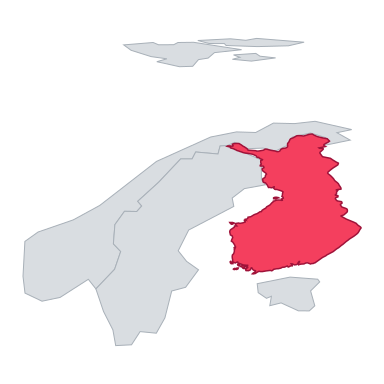 Finland highlighted, Equal Earth projection
{"feature_id": "FIN", "entity_name": "Finland", "entity_type": "country or territory", "adm_level": 0, "iso_a3": "FIN", "parent_name": "Europe", "parent_adm1": "", "projection": "equal_earth", "projection_center": [24.864, 64.94], "detail": "fine", "context": "with_neighbors", "style": "filled", "palette": "rose", "viewbox_px": 384, "rotation_deg": 0, "n_neighbors": 3, "source": "natural_earth", "source_scale": "50m", "svg_char_len": 7804}
<svg xmlns="http://www.w3.org/2000/svg" viewBox="0 0 384 384"><path d="M173.7,44.7L178.0,42.5L193.6,42.3L241.6,49.7L214.5,52.6L208.1,58.1L198.5,59.6L192.7,66.3L179.5,66.7L156.8,61.7L166.9,58.8L151.1,56.6L131.1,50.3L123.7,44.9L153.1,42.5L158.6,44.8L173.7,44.7ZM350.2,140.1L321.0,146.0L325.6,137.6L310.5,133.0L292.5,136.9L286.8,145.6L275.6,151.0L262.9,148.1L247.5,148.7L234.6,142.3L227.4,145.5L220.1,146.0L218.0,154.0L195.7,152.0L192.1,158.9L180.7,158.9L158.6,182.3L137.7,201.3L141.7,206.0L136.8,211.5L124.5,211.3L114.9,224.6L113.4,243.9L120.7,251.5L114.6,269.3L95.9,288.9L88.3,279.3L60.1,297.4L42.0,301.2L25.0,293.1L23.0,276.3L24.9,241.4L38.1,232.0L73.2,219.9L99.8,205.4L156.5,161.4L210.7,137.0L236.5,131.9L255.7,132.5L273.4,123.1L294.5,123.6L315.1,121.3L351.7,129.6L336.9,132.7L350.2,140.1ZM304.1,42.2L288.4,45.8L257.5,46.6L226.1,45.5L224.4,43.6L209.1,43.5L197.8,40.5L230.5,38.8L245.8,40.3L256.6,38.4L304.1,42.2ZM275.6,57.9L251.4,61.1L232.4,59.3L239.9,57.3L233.5,54.9L255.8,53.4L260.0,56.2L275.6,57.9Z" fill="#d9dde1" stroke="#a8b0b8" stroke-width="1"/><path d="M95.9,288.9L114.6,269.3L120.7,251.5L113.4,243.9L114.9,224.6L124.5,211.3L136.8,211.5L141.7,206.0L137.7,201.3L158.6,182.3L180.7,158.9L192.1,158.9L195.7,152.0L218.0,154.0L220.1,146.0L227.4,145.5L261.3,159.9L261.4,179.6L265.4,184.8L244.4,188.6L232.2,198.0L233.8,206.4L188.7,230.0L178.2,250.8L186.6,261.4L198.5,269.8L185.6,287.3L171.7,291.0L164.9,317.9L156.3,333.2L140.1,331.6L131.5,344.8L115.7,345.6L112.9,329.9L103.5,311.4L95.9,288.9Z" fill="#d9dde1" stroke="#a8b0b8" stroke-width="1"/><path d="M317.7,279.2L319.7,281.9L310.6,290.9L314.8,305.8L309.3,310.9L298.3,310.8L281.1,302.9L269.8,305.7L271.4,296.3L266.5,298.3L258.2,292.7L257.2,283.7L290.1,277.1L317.7,279.2Z" fill="#d9dde1" stroke="#a8b0b8" stroke-width="1"/><path d="M268.5,187.5L267.2,185.0L266.5,184.1L265.5,182.9L263.6,182.3L263.2,182.0L263.0,181.5L262.9,180.8L262.7,179.8L262.8,179.0L263.0,178.5L263.8,178.2L265.0,177.3L265.3,176.6L265.4,175.6L265.9,174.7L266.5,174.2L266.4,173.9L266.0,173.4L265.1,172.6L263.8,171.7L262.8,170.9L262.4,170.1L262.2,169.4L262.2,168.8L262.6,168.3L263.9,167.8L264.0,167.5L263.5,166.3L262.7,166.1L260.4,166.0L260.2,165.9L260.2,165.6L260.3,165.1L261.2,164.2L261.3,163.9L260.8,162.9L260.7,161.6L260.8,160.6L262.4,159.9L262.5,159.6L260.5,158.8L259.1,157.9L258.7,157.4L257.1,157.4L256.1,155.8L253.2,154.5L252.4,154.2L247.4,153.3L245.5,153.1L243.1,152.6L241.4,151.9L239.9,151.5L238.7,151.0L236.9,150.5L236.4,150.1L234.5,149.3L233.6,148.8L230.5,147.9L230.4,147.5L230.4,147.1L227.1,146.3L227.8,145.9L230.3,145.9L232.3,146.2L232.8,146.1L233.1,145.8L232.3,144.5L232.4,144.2L233.4,143.8L234.8,143.5L237.1,143.4L238.7,143.5L239.0,143.5L241.3,144.9L243.2,146.3L244.3,146.8L246.8,148.5L247.8,149.5L248.1,150.2L249.2,150.2L255.9,150.7L256.7,151.1L258.9,151.0L260.5,150.7L263.4,150.2L265.2,149.1L266.9,149.2L270.8,150.3L275.2,151.0L276.4,151.5L278.0,151.7L279.7,151.1L280.7,149.6L281.6,148.9L282.9,148.4L284.4,148.2L285.5,148.1L286.3,147.7L287.5,146.9L287.7,145.8L287.5,144.0L287.7,143.3L288.7,142.3L289.9,139.7L290.5,138.9L291.2,138.5L292.2,138.2L294.0,137.4L296.5,135.9L297.2,135.7L299.0,135.6L301.3,135.7L303.3,136.0L303.5,136.0L304.4,135.8L306.1,135.3L308.9,134.4L310.7,134.1L312.4,134.1L314.2,135.2L316.9,136.4L318.5,136.9L323.1,138.0L327.2,138.7L329.5,141.1L328.4,142.0L327.9,142.3L326.0,143.3L323.9,144.6L323.8,145.3L324.5,146.0L325.4,146.5L320.8,147.6L319.0,147.9L319.5,148.3L322.4,148.4L322.9,148.5L323.2,148.7L323.3,149.0L323.0,149.5L319.9,152.4L319.8,153.0L321.0,154.7L322.5,156.7L330.4,158.3L332.7,159.9L336.3,162.1L338.2,163.0L338.4,163.2L337.9,164.8L335.7,166.3L333.6,167.6L331.4,169.2L329.8,170.5L328.0,172.1L327.8,172.7L327.7,173.2L328.1,173.7L330.6,175.7L332.8,177.9L333.8,179.1L334.4,180.2L335.4,181.2L337.1,182.5L338.4,183.7L338.8,184.6L340.8,187.7L341.0,188.5L341.0,189.1L340.2,189.3L338.4,189.4L336.5,189.8L336.4,189.9L337.7,190.6L336.6,191.9L336.5,193.8L335.4,194.8L335.3,195.0L335.6,195.3L337.8,195.6L338.0,195.8L338.0,196.4L337.9,196.9L336.8,197.3L335.6,197.8L335.4,198.3L335.4,198.8L335.9,199.6L336.7,200.5L337.7,201.0L341.3,201.6L341.8,202.0L342.0,202.6L342.0,203.2L340.4,204.4L340.4,204.9L341.1,206.0L342.0,207.1L345.6,208.3L346.8,208.9L347.2,209.4L347.4,210.2L347.4,211.1L347.2,211.9L346.1,213.0L343.7,215.0L341.1,215.8L341.0,216.0L341.8,216.6L346.5,219.2L353.6,222.1L356.3,223.4L357.1,224.4L358.3,225.5L359.6,226.3L360.6,227.1L361.0,227.6L361.0,228.1L359.8,229.7L359.2,230.9L358.1,232.7L356.9,233.9L353.9,236.2L349.3,239.1L348.3,240.0L346.2,241.5L342.6,244.6L341.6,245.2L338.6,247.7L337.2,248.5L336.2,249.2L333.2,251.6L326.7,255.0L325.8,255.8L322.6,257.4L314.9,262.9L314.4,262.9L313.2,263.5L311.4,263.6L310.6,264.0L307.7,262.9L307.2,262.8L305.6,263.1L304.0,263.9L301.0,264.1L299.6,264.4L298.6,264.8L298.4,263.9L298.8,262.7L299.5,262.0L299.5,261.5L299.0,261.5L298.1,262.7L297.6,263.9L296.6,264.6L294.4,264.9L292.2,263.8L291.2,263.8L291.8,264.6L292.3,265.4L292.2,265.9L291.1,265.8L289.8,266.3L288.6,267.0L288.1,267.0L287.3,266.0L285.9,266.5L284.7,267.1L282.3,267.3L280.9,268.1L278.3,268.7L276.9,268.7L273.7,269.3L272.6,270.4L271.7,270.8L270.3,270.4L266.2,270.9L262.3,271.6L260.6,271.6L259.0,271.3L257.2,272.2L255.3,273.5L253.2,273.9L252.4,273.8L253.1,273.1L254.4,272.4L255.4,271.5L255.5,270.8L254.9,270.5L254.0,270.4L252.9,269.6L251.9,267.9L251.3,267.8L251.0,268.2L250.6,269.5L250.3,269.9L249.0,270.5L248.4,270.7L246.0,270.6L245.7,270.0L245.7,269.7L246.2,268.8L245.8,268.7L246.2,268.0L246.7,268.0L247.4,267.9L247.7,267.6L247.7,267.2L246.8,267.1L246.7,266.8L247.6,265.6L247.7,265.3L247.4,265.2L246.9,265.3L243.5,265.0L239.3,263.4L238.3,263.4L237.7,262.0L236.7,262.2L235.2,263.0L234.1,262.4L233.0,262.0L232.7,261.4L232.7,260.5L232.6,259.4L232.3,258.1L232.2,256.4L232.4,255.0L233.4,254.0L233.8,253.3L234.3,251.7L234.4,249.7L234.2,249.1L234.3,248.6L235.0,248.6L234.9,248.2L234.5,248.0L234.2,247.6L234.5,247.4L235.4,247.4L235.6,247.0L234.9,245.9L234.9,245.4L233.9,243.8L232.9,242.2L231.3,241.1L231.9,239.3L232.7,237.7L232.5,236.9L232.3,236.0L230.4,234.9L230.1,233.5L229.7,231.9L229.9,230.9L230.2,230.2L230.9,229.5L234.3,227.2L234.5,226.0L236.8,225.9L235.8,224.8L235.5,224.2L235.5,223.5L238.7,223.0L239.9,223.4L242.7,222.9L245.2,222.0L245.2,221.5L244.8,221.0L244.3,220.2L244.7,219.9L245.6,220.1L245.2,219.7L245.3,219.2L246.3,219.4L247.9,218.1L248.0,217.2L250.8,216.7L254.1,214.7L255.6,214.1L257.0,213.7L260.1,211.7L261.4,211.6L262.1,210.3L264.7,208.6L265.5,208.4L266.7,206.8L269.9,205.0L271.9,202.8L273.0,202.0L273.3,201.1L274.5,201.0L275.7,200.4L278.1,200.0L280.4,200.1L281.4,200.4L282.3,200.3L282.2,199.5L281.6,199.0L282.1,198.6L283.3,198.2L283.2,197.5L282.9,197.0L281.9,196.4L282.4,195.1L282.5,193.6L283.0,191.9L281.7,191.0L276.8,189.4L275.9,189.5L274.8,189.3L273.6,188.1L274.2,187.1L274.2,186.8L273.8,186.8L273.1,187.3L271.5,187.8L269.5,187.4L268.5,187.5ZM242.4,265.4L244.0,265.8L244.7,265.6L245.5,266.4L244.1,266.9L244.0,267.6L244.6,268.0L244.7,268.5L243.4,268.5L242.8,268.1L242.5,267.5L241.9,267.0L241.1,266.7L241.5,266.3L241.8,265.6L242.4,265.4ZM276.9,198.5L275.1,198.9L273.6,198.7L273.6,197.8L274.5,197.4L276.1,197.2L278.4,197.6L278.7,197.8L277.4,198.0L276.9,198.5ZM231.4,223.0L231.5,223.2L232.3,223.2L233.3,222.7L234.0,222.9L233.9,223.6L233.4,223.6L232.6,223.9L232.5,224.1L231.8,224.3L230.5,223.6L229.8,222.5L231.7,222.5L231.4,223.0ZM233.1,263.0L232.9,263.7L232.1,263.6L231.2,263.7L230.5,263.0L230.1,261.9L230.3,261.6L230.8,261.3L231.2,262.0L233.1,263.0ZM240.1,265.9L239.1,266.0L237.8,265.2L237.7,264.9L238.2,264.8L237.8,264.2L238.0,263.9L239.0,264.4L239.5,264.9L239.0,265.1L239.9,265.6L240.1,265.9ZM237.9,268.9L236.6,269.5L236.1,269.3L236.3,268.4L237.0,268.0L238.3,268.0L237.9,268.9ZM235.2,269.4L234.1,269.6L233.4,269.1L233.7,268.8L234.5,268.4L235.3,268.5L235.5,268.9L235.2,269.4Z" fill="#f43f5e" stroke="#9f1239" stroke-width="1.5"/></svg>